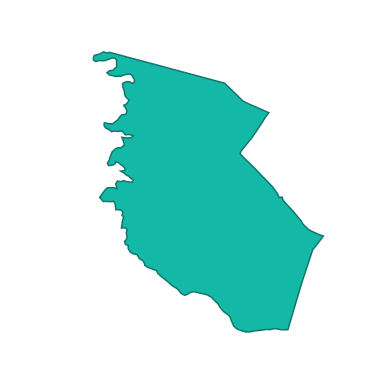 outline of Araguanã, Maranhão, Brazil, rotated 290°
{"feature_id": "56859067B40620406351111", "entity_name": "Araguanã", "entity_type": "district", "adm_level": 2, "iso_a3": "BRA", "parent_name": "Brazil", "parent_adm1": "Maranhão", "projection": "robinson", "projection_center": [-45.784, -3.062], "detail": "fine", "context": "isolated", "style": "filled", "palette": "teal", "viewbox_px": 384, "rotation_deg": 290, "n_neighbors": 0, "source": "geoboundaries", "source_scale": "gbopen_adm2", "svg_char_len": 2642}
<svg xmlns="http://www.w3.org/2000/svg" viewBox="0 0 384 384"><g transform="rotate(290 192 192)"><path d="M295.1,67.0L293.6,64.6L293.5,61.0L291.5,59.3L289.5,57.3L287.0,53.5L284.0,53.5L282.2,54.4L281.7,56.8L283.7,59.8L285.4,64.8L287.2,67.1L290.2,70.6L291.5,73.6L289.9,76.2L287.7,76.9L283.6,78.4L281.7,77.1L279.3,76.1L277.7,72.9L275.0,71.3L273.7,74.4L274.3,77.3L274.3,79.8L275.6,83.5L276.7,86.0L278.6,87.7L280.3,90.7L281.6,93.4L281.2,95.6L279.4,97.4L278.0,99.5L275.0,100.3L273.6,98.5L274.2,95.7L273.4,92.9L271.9,91.2L270.2,89.7L266.7,91.3L264.1,93.6L261.0,95.2L259.0,96.8L258.0,98.8L256.7,101.5L252.6,100.5L250.1,98.2L248.1,101.1L245.3,103.4L242.3,103.1L240.6,99.6L237.2,98.2L234.3,97.5L229.1,94.2L227.9,91.1L227.1,86.0L224.7,86.4L222.7,88.7L222.2,92.5L221.2,95.8L222.9,98.3L223.3,101.1L225.3,105.2L224.4,107.4L222.9,109.7L224.6,113.4L224.8,117.4L222.1,116.2L220.5,112.2L219.4,107.3L216.5,110.0L213.2,112.3L209.3,110.2L208.5,107.7L206.9,105.6L202.5,103.2L199.7,103.2L196.8,103.1L193.4,103.3L190.2,102.6L188.3,104.5L190.0,108.0L191.8,110.0L194.7,110.2L194.1,113.7L192.7,117.9L191.3,121.2L188.8,121.2L187.3,117.9L186.7,121.2L185.5,124.4L185.2,127.3L184.0,129.7L183.3,132.8L181.0,132.7L180.1,130.3L179.3,126.2L179.3,123.6L177.5,121.9L176.8,118.2L173.7,117.5L169.5,120.2L169.1,116.0L167.0,111.0L164.4,109.7L158.3,107.9L155.4,107.1L154.2,109.1L152.7,111.8L154.0,115.0L155.0,118.7L156.4,121.4L154.4,123.9L151.1,125.6L149.3,126.6L150.4,129.4L150.6,132.3L149.2,134.1L146.1,134.1L145.1,136.5L143.0,136.3L140.3,136.7L136.9,137.4L134.0,138.0L135.6,141.7L134.5,143.9L131.1,144.2L129.3,145.3L127.4,146.6L124.3,146.3L122.5,145.5L119.9,147.4L120.0,150.3L117.0,151.4L114.4,154.6L113.8,158.0L114.4,161.6L111.3,165.5L110.6,169.4L109.0,171.5L106.9,172.7L106.1,175.6L106.0,179.0L106.1,185.5L103.9,187.7L102.3,191.3L99.2,200.5L97.3,205.1L96.1,210.7L94.9,213.7L93.4,215.6L92.6,218.1L92.5,220.7L95.0,223.3L97.7,225.5L99.0,228.0L100.6,241.6L99.7,246.1L95.7,254.8L92.6,258.7L90.2,263.2L89.1,267.5L87.9,270.1L83.8,273.7L80.4,277.0L78.7,280.9L78.6,285.9L78.9,290.5L80.5,294.6L82.7,297.9L85.0,302.7L88.6,309.6L89.3,312.3L91.0,314.8L92.2,317.2L93.1,323.1L95.4,329.2L124.4,327.4L147.4,326.1L179.2,325.2L181.8,326.2L188.7,328.4L191.1,329.1L195.5,330.5L195.6,323.6L196.1,317.5L196.8,313.8L199.8,307.2L202.2,304.4L208.4,293.8L212.7,285.3L215.5,280.3L218.0,278.6L216.8,275.6L219.7,272.9L222.7,268.4L224.8,265.2L227.7,259.2L229.3,255.9L230.9,252.5L236.0,242.2L241.4,230.1L244.5,223.9L248.0,224.3L263.7,229.8L281.8,234.3L287.6,235.4L292.8,237.1L294.2,214.6L294.9,208.8L300.2,197.1L305.4,185.4L303.7,165.7L295.1,67.0Z" fill="#14b8a6" stroke="#0f766e" stroke-width="1.5"/></g></svg>